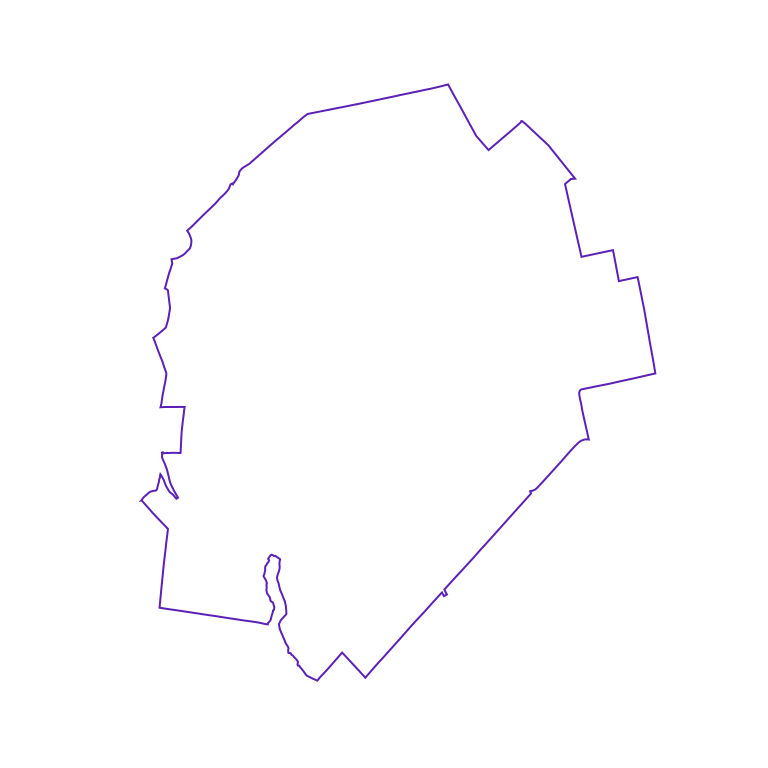 Gradistea, Ilfov, Romania, rotated 256°
{"feature_id": "2599482B24694336767373", "entity_name": "Gradistea", "entity_type": "district", "adm_level": 2, "iso_a3": "ROU", "parent_name": "Romania", "parent_adm1": "Ilfov", "projection": "equal_earth", "projection_center": [26.312, 44.651], "detail": "fine", "context": "isolated", "style": "outline", "palette": "violet", "viewbox_px": 768, "rotation_deg": 256, "n_neighbors": 0, "source": "geoboundaries", "source_scale": "gbopen_adm2", "svg_char_len": 5902}
<svg xmlns="http://www.w3.org/2000/svg" viewBox="0 0 768 768"><g transform="rotate(256 384 384)"><path d="M484.6,171.3L483.3,171.5L480.6,171.9L477.4,172.2L476.6,172.3L470.0,173.0L466.2,173.5L464.5,173.7L459.1,174.5L455.8,174.7L451.4,175.0L448.2,175.4L447.2,175.4L446.3,175.2L444.0,174.4L438.9,172.2L435.8,170.7L434.8,170.2L430.1,168.1L428.0,167.1L425.9,166.1L423.1,165.0L419.1,163.4L417.6,162.6L415.5,161.5L414.6,166.3L413.1,172.3L412.3,175.3L411.7,178.0L410.5,183.0L410.0,185.0L407.1,183.8L402.9,182.3L397.9,180.3L394.2,178.9L389.6,177.2L386.3,176.0L378.5,173.6L372.8,171.9L366.9,170.1L366.3,169.8L368.1,163.4L369.7,156.0L370.0,154.4L370.2,152.8L371.2,152.8L371.1,151.9L369.6,151.7L369.4,151.7L367.0,151.0L365.9,150.9L362.7,151.4L359.9,152.0L356.6,152.3L353.7,152.7L345.4,152.7L342.6,152.6L340.4,152.7L337.8,153.0L332.1,154.2L325.9,155.9L323.5,156.6L323.4,156.3L323.2,155.8L322.9,154.8L324.2,154.1L325.4,153.5L327.3,152.7L328.8,151.7L330.2,150.5L331.4,149.7L337.5,147.9L338.9,147.7L340.9,147.4L343.8,147.1L346.4,146.5L348.9,145.8L350.0,145.4L350.5,145.2L349.7,144.8L348.8,144.4L347.9,144.1L346.9,143.6L346.3,143.1L345.6,142.7L345.1,142.6L344.2,142.3L342.8,141.5L341.1,140.5L339.4,139.6L338.3,139.0L337.1,138.5L336.4,137.8L335.8,136.8L336.0,135.0L336.1,133.3L336.1,131.6L335.7,130.3L335.3,129.2L334.8,128.5L334.0,126.7L333.8,126.5L333.3,125.6L333.2,125.2L332.1,123.2L331.4,122.4L330.7,121.6L329.8,120.4L329.8,120.5L329.1,120.9L328.8,121.1L327.6,121.8L323.7,123.8L321.7,124.9L315.0,128.3L309.8,131.2L295.7,139.3L295.3,139.2L287.9,136.4L281.3,133.8L280.1,133.4L276.3,132.0L263.2,127.0L250.5,122.5L248.6,121.8L242.2,119.5L233.4,116.4L229.8,115.1L221.2,112.1L218.2,119.2L214.3,128.8L206.7,147.1L204.0,153.5L199.1,165.5L196.1,172.5L189.7,187.9L188.0,192.0L185.8,197.6L182.7,205.0L180.3,209.7L179.2,212.1L178.9,213.1L180.0,213.5L180.8,214.8L181.9,216.3L182.8,217.1L186.6,219.1L190.0,221.2L191.0,221.4L191.5,222.6L193.0,223.2L194.2,223.6L197.0,223.5L198.8,223.3L200.9,221.5L203.3,221.6L204.9,221.5L209.2,219.9L212.3,220.0L215.5,221.1L216.3,221.1L218.3,221.6L218.5,222.0L219.4,222.2L222.5,221.9L225.9,220.8L226.8,220.6L228.3,221.8L230.0,222.6L232.1,223.7L234.2,224.1L235.9,224.8L237.0,226.3L238.3,227.3L239.2,228.8L240.1,229.4L240.8,229.9L241.5,229.7L241.9,229.4L242.5,229.4L243.6,230.5L245.0,232.2L245.6,233.4L245.5,233.9L244.9,234.5L244.5,235.0L243.6,235.7L243.6,236.8L239.4,240.6L239.0,240.8L237.3,239.9L234.6,238.9L232.4,238.7L230.1,238.0L228.1,237.0L225.1,235.0L222.2,233.4L219.2,233.1L216.5,233.5L212.2,233.4L208.8,233.4L205.2,234.1L199.6,234.8L197.2,235.2L192.8,235.1L190.5,234.8L187.6,234.3L184.7,233.7L184.1,233.3L181.7,229.6L179.7,226.6L176.3,223.9L171.4,223.6L167.4,224.2L160.2,225.4L155.9,226.0L153.2,227.0L151.6,227.4L150.3,227.3L149.0,226.6L148.0,226.5L146.9,226.2L146.2,226.2L145.7,227.4L145.5,228.2L144.4,228.6L143.5,228.8L142.8,229.7L139.5,231.4L137.4,232.6L135.6,233.2L134.8,233.2L133.7,232.6L133.0,232.2L132.3,232.3L131.5,232.4L131.3,233.5L130.8,233.8L129.6,234.0L129.3,234.2L126.4,235.7L122.5,237.3L121.6,237.5L119.4,238.8L117.7,240.9L115.1,243.9L112.6,247.2L112.3,247.6L114.3,250.1L115.8,252.3L117.2,254.6L120.3,259.3L122.3,262.3L125.9,267.5L130.3,273.8L133.2,277.9L133.5,278.4L128.0,281.5L112.3,290.1L108.1,292.4L104.8,294.2L104.5,294.3L104.4,294.3L103.5,294.8L105.3,297.3L112.2,307.2L114.3,310.2L118.9,317.2L133.0,338.0L141.4,350.1L146.8,358.1L151.5,365.5L154.6,370.2L159.0,376.6L162.0,381.2L165.1,385.8L167.7,389.8L163.7,390.9L164.5,394.1L170.0,392.8L175.7,401.4L181.0,409.4L183.6,413.4L188.4,420.7L194.3,429.5L197.8,434.6L200.3,438.2L202.7,441.9L213.6,458.0L220.5,468.2L230.7,483.2L238.8,495.3L242.2,500.1L244.7,499.9L244.5,501.9L245.0,505.2L246.5,508.0L249.2,512.1L252.8,517.6L256.9,523.7L266.3,537.7L268.6,541.0L270.9,544.2L274.2,549.1L277.5,554.1L278.6,556.1L280.1,558.6L281.3,561.6L281.6,565.3L281.4,566.4L281.0,568.1L280.9,568.5L280.6,569.3L282.4,569.3L286.9,569.4L287.8,569.5L291.1,569.5L294.8,569.6L295.7,569.6L296.1,569.6L299.5,569.7L303.1,569.8L310.9,570.0L313.0,570.2L317.0,570.5L322.4,570.6L326.3,570.9L327.7,571.2L328.6,571.4L329.7,572.1L330.5,572.8L330.9,573.6L331.0,574.1L330.8,579.1L330.6,583.3L330.4,589.1L330.0,596.3L329.7,603.4L329.4,616.3L329.0,629.2L328.9,634.3L328.9,635.0L328.9,635.6L328.7,645.8L328.6,649.8L339.2,650.7L362.1,652.2L362.4,652.2L364.5,652.4L393.3,654.5L424.6,655.9L425.0,655.9L426.4,655.9L427.0,636.8L458.5,638.6L459.6,606.4L508.0,607.4L534.2,608.0L536.4,612.4L537.7,614.9L537.3,617.3L537.0,619.1L575.9,601.2L602.2,584.2L605.6,581.7L605.9,580.9L604.7,579.8L602.8,576.2L598.9,568.5L585.7,542.0L602.4,533.5L603.6,533.2L607.5,532.2L611.9,531.0L625.1,527.6L632.1,525.8L638.1,524.2L641.6,523.2L645.0,522.3L652.6,520.3L655.9,519.5L659.1,518.6L659.1,517.0L659.1,509.9L659.2,503.4L659.2,501.2L659.2,499.9L659.3,499.2L659.6,493.0L659.6,491.4L660.4,470.8L660.5,466.0L661.8,431.5L661.9,428.3L663.1,403.7L664.0,385.2L664.3,379.1L664.5,375.1L662.3,370.1L660.8,367.1L658.9,363.5L658.5,362.6L657.6,360.4L655.9,357.1L653.8,353.0L647.4,340.0L645.3,335.7L630.2,306.5L627.9,299.2L626.6,297.0L625.1,295.1L621.5,293.4L617.7,289.7L615.6,287.1L614.3,285.8L615.2,285.4L614.9,283.5L612.3,281.6L611.0,280.7L608.9,278.2L607.4,275.9L605.6,272.9L604.2,270.1L602.2,267.3L600.2,264.5L596.5,258.1L592.8,251.6L590.9,248.3L588.9,245.0L587.4,242.5L584.6,237.8L583.3,235.7L580.4,230.1L577.4,231.2L572.5,231.9L569.4,231.8L565.4,230.3L562.6,228.5L558.7,222.3L557.8,220.3L557.3,218.6L556.1,213.6L556.5,208.0L552.1,207.7L548.0,205.2L545.5,203.6L544.5,202.9L543.5,202.3L538.3,199.3L533.0,196.4L529.8,194.5L528.6,195.8L528.2,196.3L527.8,196.7L527.3,196.9L526.7,197.0L524.2,196.6L521.8,196.3L520.1,196.1L518.4,195.9L516.1,195.6L513.8,195.3L510.8,195.0L509.6,194.8L508.2,194.3L506.8,193.7L504.8,192.8L499.7,190.6L494.9,188.0L493.2,186.9L492.0,186.3L491.4,185.8L490.5,184.0L487.1,177.0L485.7,174.0L485.6,173.7L484.7,171.6L484.6,171.3Z" fill="none" stroke="#5b21b6" stroke-width="2"/></g></svg>